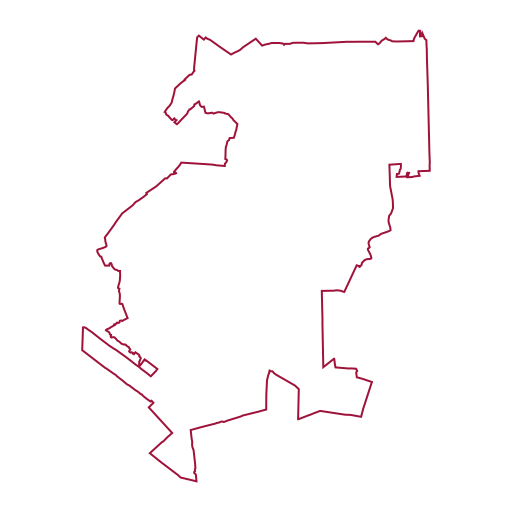 outline of Adamclisi, Constanta, Romania
{"feature_id": "2599482B83158336135289", "entity_name": "Adamclisi", "entity_type": "district", "adm_level": 2, "iso_a3": "ROU", "parent_name": "Romania", "parent_adm1": "Constanta", "projection": "orthographic", "projection_center": [27.939, 44.112], "detail": "fine", "context": "isolated", "style": "outline", "palette": "rose", "viewbox_px": 512, "rotation_deg": 0, "n_neighbors": 0, "source": "geoboundaries", "source_scale": "gbopen_adm2", "svg_char_len": 6010}
<svg xmlns="http://www.w3.org/2000/svg" viewBox="0 0 512 512"><path d="M429.7,170.8L429.6,164.3L429.7,164.1L429.8,162.9L429.4,152.5L427.8,85.8L426.9,57.5L426.8,49.5L426.5,45.1L426.4,40.2L424.7,38.7L422.2,32.8L421.9,33.4L422.2,36.2L420.0,36.4L419.9,35.5L420.1,30.8L418.5,30.7L414.0,38.6L413.5,41.1L396.8,41.5L392.1,41.3L390.9,40.5L388.1,39.7L386.5,38.6L385.8,37.8L384.5,39.0L382.1,40.4L381.3,41.1L379.8,43.0L378.0,44.3L375.3,41.7L346.6,41.8L322.0,43.1L307.8,43.4L303.5,42.7L292.9,42.8L289.7,43.9L284.9,43.9L284.1,44.8L282.9,43.5L279.2,43.0L271.2,43.0L269.9,43.6L265.4,44.5L262.1,45.6L255.8,38.7L243.4,47.0L239.9,50.0L238.3,50.9L234.6,52.6L231.0,54.5L221.2,47.8L210.0,39.8L207.2,38.7L205.7,37.5L203.8,39.6L198.9,35.6L197.2,37.3L196.7,41.5L194.2,66.9L194.0,70.0L194.5,70.6L194.4,70.9L194.0,71.2L191.6,74.6L189.8,74.7L184.7,79.4L185.1,79.9L180.9,83.0L175.0,88.5L174.3,92.4L173.9,94.0L173.6,95.2L172.1,100.6L171.9,101.8L171.3,103.3L169.4,106.0L167.6,107.8L166.1,109.8L164.8,111.9L165.3,112.0L165.7,112.6L165.8,113.6L166.5,114.8L168.5,115.9L168.7,116.5L171.8,119.9L172.6,120.1L174.3,118.4L175.3,119.7L176.4,120.2L174.4,122.2L176.7,124.2L177.0,124.2L178.7,122.6L181.6,119.4L186.2,114.7L187.3,113.4L188.1,111.2L189.4,109.8L189.5,109.4L190.3,109.3L194.1,106.1L194.3,105.8L194.3,104.6L194.5,104.3L195.6,103.9L198.9,101.4L199.3,102.2L199.9,104.9L201.0,106.4L201.6,106.8L202.3,106.9L203.9,106.6L205.5,112.8L207.8,113.4L212.1,112.7L213.6,113.6L216.0,112.7L218.6,112.1L224.5,112.9L225.0,113.5L228.2,114.1L231.4,117.7L232.3,118.3L233.4,120.1L237.4,124.0L236.6,127.8L236.4,129.4L235.3,132.6L235.1,133.7L234.6,135.5L233.8,137.8L229.6,138.1L229.0,140.0L227.5,141.2L227.2,142.2L226.5,145.3L226.2,146.1L225.9,146.8L225.6,150.0L225.5,155.5L225.3,159.0L226.6,159.5L227.1,160.3L226.2,162.4L225.4,163.1L224.9,163.9L224.8,166.0L216.4,165.3L212.6,164.6L181.3,162.6L179.7,165.2L173.9,171.9L174.0,172.2L174.6,172.1L175.8,172.7L176.1,173.2L175.1,173.7L173.1,174.2L171.0,174.3L166.9,178.5L165.5,178.3L165.1,178.4L156.2,186.4L146.3,192.9L146.9,194.2L142.5,197.6L138.7,200.3L135.5,202.1L132.6,205.4L122.2,213.4L116.0,221.9L114.0,225.0L107.2,234.4L105.9,235.9L104.8,237.5L104.9,238.5L105.1,238.6L105.4,241.5L106.6,245.8L105.8,246.8L102.9,248.0L98.0,249.5L97.4,249.9L97.2,250.4L97.3,251.7L98.2,253.6L99.4,255.4L100.2,256.5L101.3,256.7L102.0,258.8L104.0,263.5L105.1,265.6L109.3,265.6L109.4,264.1L109.8,263.4L110.7,263.1L111.1,263.2L111.4,263.7L112.2,266.3L114.0,268.6L115.0,269.5L117.4,270.2L118.0,270.8L118.5,271.0L120.1,271.0L120.0,272.2L120.2,275.2L119.9,279.6L119.7,281.3L118.0,287.3L118.1,287.9L118.2,288.2L118.7,288.3L119.4,288.7L119.0,290.8L119.0,291.4L119.8,293.8L119.9,296.6L119.5,303.0L119.6,303.6L120.1,304.0L121.5,303.7L122.3,304.0L122.7,304.9L123.8,308.4L127.6,318.1L125.2,319.3L122.2,321.0L121.9,320.7L121.3,320.5L120.0,320.7L119.7,321.0L119.5,322.3L119.4,322.5L118.7,322.9L118.4,322.9L117.1,322.6L116.8,322.7L116.5,323.6L114.3,324.4L114.8,325.0L110.9,327.2L109.0,328.5L107.1,329.2L106.1,329.9L105.9,330.2L106.2,330.5L108.5,331.8L109.4,332.6L109.6,333.0L109.8,334.3L111.1,334.9L111.2,335.4L110.7,336.5L110.9,337.2L111.3,337.5L113.7,337.1L114.7,337.5L115.0,338.0L115.6,338.4L117.5,340.7L118.8,341.3L120.0,342.3L121.6,343.8L124.1,344.6L124.9,344.4L125.8,344.8L126.0,345.2L127.6,346.5L128.8,347.1L129.0,347.3L129.2,348.2L130.0,348.9L130.3,349.4L129.1,351.3L129.2,351.6L130.3,352.5L130.9,352.7L131.4,352.3L132.5,352.6L133.1,353.0L133.0,353.7L133.9,354.2L135.4,352.3L139.0,354.8L139.4,355.4L139.3,356.5L140.4,357.4L140.7,357.8L140.8,358.3L139.1,362.1L139.3,362.8L139.1,364.5L140.0,365.4L141.2,364.1L144.6,359.4L145.3,359.9L145.3,360.2L145.4,360.5L146.0,360.7L146.4,360.6L157.4,369.0L155.5,371.5L150.8,376.3L147.4,373.5L141.6,369.2L139.1,367.0L135.6,364.6L132.5,362.1L126.4,357.4L115.3,349.4L114.0,348.8L108.9,345.4L107.7,344.4L101.8,340.0L91.8,332.1L87.4,329.1L86.0,328.0L84.3,327.3L83.0,327.4L82.2,350.2L105.2,367.9L106.5,368.6L113.4,373.5L115.8,375.0L116.9,376.2L123.1,381.0L127.1,384.4L129.3,385.5L135.3,390.1L137.5,391.4L141.1,394.3L141.7,394.3L142.0,394.6L142.8,395.7L146.9,399.0L150.6,401.5L150.9,401.3L151.4,400.7L151.6,400.8L153.4,402.8L148.8,407.4L172.2,433.0L167.1,437.5L163.3,441.4L162.2,441.9L149.8,453.2L161.0,462.2L178.3,475.3L180.5,477.5L196.5,481.3L195.9,475.0L195.6,474.2L194.3,473.1L194.1,472.6L194.2,472.0L195.0,471.3L194.9,470.0L195.0,469.0L195.4,468.1L195.1,463.7L193.6,450.2L192.5,447.4L192.1,445.1L192.2,441.5L191.6,438.5L190.7,430.0L203.7,426.5L216.0,423.4L216.5,423.0L218.9,422.6L221.0,421.7L222.1,421.5L222.6,421.5L223.5,422.0L224.6,421.8L227.1,420.7L240.4,416.6L243.2,415.4L258.3,411.7L266.2,409.5L266.3,394.9L267.0,380.3L268.3,374.9L268.9,373.6L269.6,370.6L270.8,371.3L272.4,371.3L274.4,373.5L275.8,374.5L294.9,385.5L298.8,389.1L298.1,419.2L298.2,419.3L308.3,415.4L311.2,414.4L312.7,413.7L320.1,410.9L345.1,414.7L350.5,414.9L361.1,416.8L363.3,408.4L371.9,382.0L362.1,378.7L356.8,377.3L356.2,372.4L357.2,370.9L356.0,368.7L350.7,368.4L348.7,368.5L335.5,367.4L334.8,363.6L334.3,359.0L334.0,358.7L323.3,367.2L322.4,321.6L322.5,321.1L321.8,290.9L333.3,290.7L337.2,290.3L340.6,290.7L343.6,291.8L344.3,291.9L356.7,265.3L358.4,265.9L359.4,266.9L360.0,266.7L360.2,266.4L359.8,266.2L359.8,265.9L360.8,265.7L361.5,265.0L361.9,263.1L362.4,262.4L364.5,260.2L365.5,259.7L367.4,259.1L369.9,259.0L370.8,258.7L371.2,258.4L371.4,258.0L370.5,254.7L368.1,250.1L367.8,249.1L368.0,248.5L369.4,247.7L369.7,247.3L369.6,246.8L369.1,245.6L368.8,244.4L368.6,243.5L368.6,242.5L368.9,241.5L370.5,239.2L371.7,238.2L373.2,237.3L375.2,236.6L378.8,235.6L380.9,233.9L386.9,231.9L389.6,230.8L390.4,230.3L390.6,230.1L390.4,228.7L390.4,228.0L388.6,222.1L388.5,219.9L389.2,215.8L391.1,213.4L392.9,208.5L393.0,207.2L392.9,202.7L392.6,199.1L390.1,186.3L389.4,164.7L400.8,163.9L401.0,165.7L400.7,168.6L399.9,169.9L399.1,173.5L398.3,173.9L396.9,174.0L396.6,176.9L406.3,176.5L407.3,172.7L409.0,172.9L407.4,177.2L411.1,177.1L412.8,176.9L413.6,176.5L419.6,175.8L418.5,172.7L418.5,171.2L429.7,170.8Z" fill="none" stroke="#9f1239" stroke-width="2"/></svg>